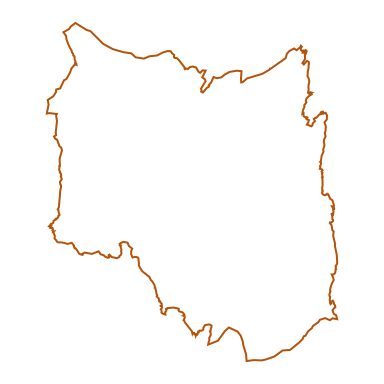 outline of Røyken nor, Buskerud, Norway
{"feature_id": "86288312B91895261820086", "entity_name": "Røyken nor", "entity_type": "district", "adm_level": 2, "iso_a3": "NOR", "parent_name": "Norway", "parent_adm1": "Buskerud", "projection": "mercator", "projection_center": [10.397, 59.735], "detail": "fine", "context": "isolated", "style": "outline", "palette": "amber", "viewbox_px": 384, "rotation_deg": 0, "n_neighbors": 0, "source": "geoboundaries", "source_scale": "gbopen_adm2", "svg_char_len": 5883}
<svg xmlns="http://www.w3.org/2000/svg" viewBox="0 0 384 384"><path d="M337.1,319.2L336.2,315.3L333.8,313.8L332.5,310.4L334.4,307.7L335.3,307.4L335.1,305.5L334.1,304.2L333.6,301.9L332.8,300.7L331.2,301.7L331.5,303.2L330.5,304.1L329.9,302.6L330.2,301.1L329.7,300.4L330.1,296.5L329.4,295.8L329.4,294.4L330.5,291.3L330.1,290.5L330.3,288.6L331.6,284.1L333.7,280.1L333.2,277.7L331.7,274.5L333.7,274.4L335.2,272.9L335.6,269.7L336.1,269.2L335.7,268.6L335.9,266.6L335.6,266.1L337.0,263.9L337.2,262.7L336.7,254.4L334.9,246.0L335.1,243.9L333.2,236.1L333.6,231.5L332.4,230.2L331.5,225.0L329.8,223.1L330.0,222.4L331.6,222.3L333.1,220.9L332.9,219.6L332.4,219.2L332.3,217.0L331.6,213.9L332.3,213.5L333.1,214.3L333.5,211.8L332.9,208.0L332.0,206.3L333.1,206.5L334.0,210.0L334.2,208.3L333.5,206.6L333.8,206.2L333.9,205.2L332.5,200.4L330.2,198.8L328.3,194.4L327.3,194.6L327.0,193.9L325.2,195.2L324.1,195.0L322.7,194.3L322.1,193.1L322.4,192.9L322.2,190.9L322.7,190.8L322.1,188.2L322.6,185.1L322.5,179.4L322.0,177.3L322.7,177.1L321.9,173.5L322.5,172.8L321.6,171.6L322.6,170.3L322.0,169.4L319.9,168.8L320.3,167.9L320.3,166.7L320.0,166.5L321.1,163.4L321.0,162.5L320.1,161.9L320.9,161.0L321.7,155.7L323.6,151.4L323.1,149.9L324.5,145.1L323.8,141.6L324.0,139.8L325.6,136.4L324.8,132.9L325.4,131.8L325.8,126.2L324.5,122.3L326.8,119.5L327.0,115.4L325.6,112.8L323.0,113.8L322.1,113.1L323.2,112.0L323.0,111.6L321.4,111.9L320.6,112.7L320.5,113.5L320.8,114.2L319.3,114.5L316.2,117.9L315.4,117.7L313.8,119.0L315.0,121.0L312.7,123.5L312.3,125.4L311.5,126.3L306.9,124.6L308.2,122.6L308.9,120.1L306.5,119.2L306.2,118.3L307.3,117.5L306.8,117.1L305.1,117.2L303.6,116.2L303.5,113.3L302.4,113.9L303.0,110.1L304.5,106.7L304.2,105.2L306.4,102.5L305.8,100.8L306.5,98.4L309.0,96.0L312.5,93.9L309.8,94.7L309.8,93.6L311.8,92.6L310.3,92.2L308.6,93.3L308.0,92.7L308.7,89.3L308.4,87.5L308.6,84.5L309.0,83.6L309.3,80.8L308.3,77.5L307.5,76.4L307.8,71.6L308.6,67.6L308.6,64.7L309.0,64.2L308.7,61.8L306.9,60.9L303.8,64.5L302.4,63.1L305.0,59.2L304.9,54.8L305.6,54.2L306.7,51.1L305.6,50.1L304.7,50.6L304.7,52.8L302.8,52.7L303.8,51.0L303.5,50.5L301.7,50.9L301.0,49.9L300.8,48.1L301.8,46.8L300.9,45.7L300.1,47.4L296.6,50.2L294.0,48.5L289.3,51.1L286.8,53.9L285.7,58.1L270.7,68.7L270.0,68.7L269.5,69.7L262.2,73.9L247.1,78.4L242.7,82.2L241.2,82.4L241.0,78.6L241.5,71.2L237.1,70.7L229.6,71.9L224.8,74.5L221.3,77.4L216.8,78.2L213.6,77.0L211.1,82.5L208.7,85.3L209.2,85.9L208.5,87.0L207.0,87.7L202.9,92.5L201.2,91.6L201.6,90.4L201.0,88.7L205.6,81.2L204.9,79.3L202.3,77.4L205.6,70.6L202.6,70.4L200.1,72.8L198.6,71.9L196.1,67.5L192.6,66.5L189.8,67.1L187.8,69.1L186.6,68.5L185.0,69.3L184.5,68.6L184.7,67.6L178.5,59.6L176.8,58.1L174.7,57.9L174.0,57.2L174.1,54.9L172.2,53.5L170.7,51.2L167.4,51.1L162.4,52.7L157.0,55.5L149.4,56.3L143.9,58.6L135.6,57.3L131.4,53.4L123.1,52.1L113.0,49.2L103.2,43.9L90.4,31.1L86.5,29.9L75.4,23.0L70.8,26.5L69.0,29.1L63.4,32.2L66.1,36.0L66.4,39.1L68.2,44.0L70.0,48.0L71.5,50.2L71.9,52.3L73.1,53.7L73.3,55.5L74.5,56.3L74.6,59.2L75.6,61.9L75.1,62.7L76.2,63.4L76.5,64.9L74.9,64.4L71.4,68.5L70.1,72.5L66.4,79.0L64.0,80.3L60.2,88.4L56.2,89.5L55.9,92.2L53.4,96.2L47.7,100.0L48.6,104.4L46.8,113.6L49.5,113.1L56.8,114.0L56.1,115.3L57.0,121.0L55.7,132.6L56.1,135.1L54.0,136.6L55.2,138.7L57.1,139.7L59.4,146.0L61.2,147.7L62.0,150.4L59.8,158.0L59.6,160.2L60.0,165.8L59.2,166.2L59.5,167.2L59.1,169.7L59.9,171.5L59.8,172.5L60.9,173.6L61.2,175.8L60.8,176.2L61.8,179.1L60.0,181.8L60.2,184.1L61.0,185.2L61.1,186.9L60.3,190.6L58.9,207.1L57.8,209.3L58.4,209.6L58.5,211.5L59.5,214.9L58.4,215.7L58.5,216.6L57.2,218.4L55.9,218.7L55.6,219.0L55.9,219.5L53.6,220.7L53.2,222.8L52.3,223.7L50.9,223.8L50.1,225.2L50.7,225.5L49.9,225.9L52.0,227.7L51.3,228.1L52.6,228.4L53.1,229.6L51.9,231.1L52.6,230.8L53.5,231.4L53.3,231.8L54.0,231.6L53.4,232.4L54.9,236.0L54.5,238.5L56.4,240.4L56.8,241.5L58.0,242.3L62.3,242.5L67.8,243.9L71.7,242.8L74.0,245.7L73.9,246.4L74.6,248.2L75.1,248.0L76.8,249.9L79.2,253.7L80.6,254.4L82.6,254.8L83.1,254.0L82.5,254.5L82.3,253.9L84.7,252.6L92.0,253.9L98.6,251.3L100.6,254.3L103.9,255.3L104.7,256.4L107.8,257.8L109.1,257.4L108.6,255.2L109.4,254.6L111.7,257.0L116.8,258.2L119.3,257.1L119.4,256.0L120.8,254.9L121.5,253.2L121.0,251.0L121.5,250.1L120.5,246.3L120.9,245.5L119.7,245.2L119.7,243.7L123.4,241.8L127.6,242.7L128.9,246.0L132.2,248.6L131.3,250.8L131.1,254.2L132.6,257.5L135.1,256.8L137.8,257.4L138.6,259.0L138.5,261.1L139.0,263.4L138.7,264.8L139.8,267.5L142.4,271.4L149.3,276.8L150.9,280.1L152.4,281.5L154.4,284.9L155.0,287.3L154.8,287.7L155.2,287.8L156.3,291.8L156.4,293.8L157.2,295.2L156.7,296.4L158.9,298.7L159.1,301.3L160.1,301.3L160.5,302.6L161.7,303.6L161.8,305.7L160.6,305.8L160.6,306.9L160.9,306.0L161.8,305.8L161.9,306.6L161.1,306.7L161.9,306.7L161.9,307.9L160.9,309.3L161.3,309.5L161.7,312.3L161.5,312.6L162.0,313.3L165.4,314.6L165.2,312.2L166.3,310.8L166.1,309.7L166.6,309.3L166.2,308.8L167.8,308.0L173.8,307.6L178.5,308.6L178.8,308.8L178.5,310.4L179.0,311.3L182.4,312.3L183.8,313.6L183.7,314.7L184.4,314.8L184.5,315.7L183.8,315.9L184.4,316.1L184.8,317.6L183.6,320.1L184.3,320.4L184.5,321.9L191.9,331.3L192.4,333.5L192.7,332.7L194.0,332.9L194.3,334.4L195.4,334.6L195.7,335.7L196.2,334.0L196.7,334.2L196.7,335.6L197.1,334.5L196.7,334.3L197.5,334.2L198.1,331.8L198.8,332.2L199.5,330.6L201.4,330.7L203.2,329.8L203.4,327.7L205.1,325.1L209.2,324.4L211.5,325.5L211.5,326.9L210.6,329.4L210.7,330.7L209.9,331.3L210.7,333.2L210.7,335.1L209.2,337.9L209.4,340.3L208.7,341.8L208.2,344.6L217.9,340.8L224.9,331.1L228.8,327.5L237.5,331.5L240.6,335.5L242.7,341.2L243.4,345.5L246.1,354.5L246.6,361.0L253.9,360.1L261.5,360.4L265.5,359.6L274.4,356.5L282.6,350.5L290.1,349.9L299.4,342.3L302.7,338.9L303.7,336.3L305.4,335.8L308.1,331.3L311.9,328.1L312.9,326.0L318.4,322.2L319.9,319.8L325.2,318.1L329.9,320.2L332.7,318.3L337.1,319.2ZM49.0,226.4L50.4,227.4L49.3,226.2L49.0,226.4Z" fill="none" stroke="#b45309" stroke-width="2"/></svg>